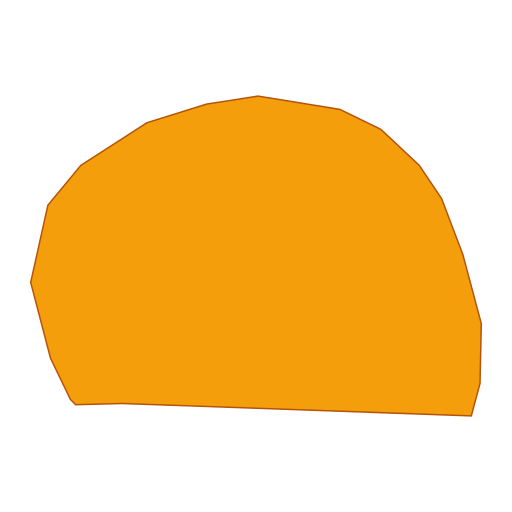 the district of Yangambi, Orientale, Democratic Republic of the Congo
{"feature_id": "63176286B49026377824569", "entity_name": "Yangambi", "entity_type": "district", "adm_level": 2, "iso_a3": "COD", "parent_name": "Democratic Republic of the Congo", "parent_adm1": "Orientale", "projection": "orthographic", "projection_center": [24.481, 0.79], "detail": "fine", "context": "isolated", "style": "filled", "palette": "amber", "viewbox_px": 512, "rotation_deg": 0, "n_neighbors": 0, "source": "geoboundaries", "source_scale": "gbopen_adm2", "svg_char_len": 364}
<svg xmlns="http://www.w3.org/2000/svg" viewBox="0 0 512 512"><path d="M70.4,399.4L75.6,404.7L122.1,403.5L435.1,414.6L471.3,415.9L480.0,383.5L481.3,323.6L462.8,254.4L441.6,198.6L419.2,165.3L380.9,129.4L339.9,109.4L258.0,96.1L206.5,104.1L147.0,122.7L80.9,165.3L47.9,205.2L30.7,282.4L50.5,358.2L70.4,399.4Z" fill="#f59e0b" stroke="#b45309" stroke-width="1.5"/></svg>